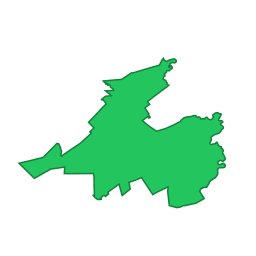 the district of Dumbrava, Prahova, Romania, rotated 189°
{"feature_id": "2599482B20295036954451", "entity_name": "Dumbrava", "entity_type": "district", "adm_level": 2, "iso_a3": "ROU", "parent_name": "Romania", "parent_adm1": "Prahova", "projection": "mercator", "projection_center": [26.217, 44.861], "detail": "fine", "context": "isolated", "style": "filled", "palette": "green", "viewbox_px": 256, "rotation_deg": 189, "n_neighbors": 0, "source": "geoboundaries", "source_scale": "gbopen_adm2", "svg_char_len": 5653}
<svg xmlns="http://www.w3.org/2000/svg" viewBox="0 0 256 256"><g transform="rotate(189 128 128)"><path d="M104.0,202.3L105.2,200.0L105.9,197.7L106.9,194.9L107.9,194.5L116.7,190.4L132.1,183.0L132.9,183.2L142.0,175.0L159.8,170.6L159.7,170.5L159.5,170.2L158.7,169.9L158.1,169.2L157.2,169.1L157.1,168.8L157.1,168.3L157.0,168.1L156.4,168.1L156.4,167.9L156.2,167.9L156.1,168.0L156.0,168.6L155.9,168.8L155.7,168.8L155.7,168.3L155.6,168.2L155.3,168.4L155.1,168.3L155.0,167.6L154.8,167.4L154.8,167.2L154.7,167.1L154.4,167.4L154.2,167.4L154.1,167.6L153.9,167.3L153.3,167.3L152.5,167.6L152.1,166.8L152.0,166.0L151.9,165.8L151.2,165.2L150.8,165.1L150.4,164.9L149.8,164.8L148.9,164.1L148.7,163.9L148.4,163.3L148.1,162.9L156.1,161.2L149.4,157.3L149.7,157.1L150.6,157.0L155.1,155.9L158.5,152.3L158.6,151.8L157.5,152.0L155.4,150.7L154.5,149.6L153.2,148.5L157.3,143.1L159.8,139.1L165.8,130.4L167.9,127.4L161.6,122.8L162.5,121.5L165.1,118.3L163.4,117.0L170.1,108.8L172.4,105.8L173.4,104.8L181.8,97.1L186.0,93.0L187.0,92.1L189.3,89.8L189.8,90.0L190.0,90.2L189.9,90.9L190.1,91.3L189.9,92.0L190.2,92.6L190.0,93.8L190.1,94.9L191.4,96.6L191.4,97.9L191.5,98.1L192.1,98.4L192.2,98.6L192.2,98.9L192.6,99.7L193.3,100.6L193.7,101.4L193.9,101.5L194.2,101.6L194.4,101.4L194.8,101.6L195.1,101.4L195.5,101.4L196.1,101.5L196.2,101.1L206.7,86.3L207.5,85.7L208.4,85.4L208.6,85.0L209.5,84.6L212.3,83.6L220.3,80.1L226.5,77.7L230.1,76.1L212.6,63.6L202.0,72.1L199.3,74.1L198.5,74.7L198.3,75.1L198.3,75.3L198.3,75.5L197.7,75.5L197.2,75.5L184.4,79.5L183.8,73.0L177.6,73.9L155.1,77.6L154.1,75.2L152.5,66.3L152.6,66.0L152.1,63.5L151.9,63.2L150.7,56.3L151.9,56.1L151.8,55.8L151.7,55.6L150.7,55.2L150.5,54.9L149.3,53.8L148.5,53.5L148.0,53.5L147.9,53.3L147.5,52.9L147.0,52.6L146.7,52.6L145.4,52.8L144.7,53.2L143.9,53.1L143.3,53.3L143.2,53.6L143.3,54.0L143.8,54.2L143.7,54.7L143.5,55.2L143.1,55.6L142.4,56.8L142.0,57.3L141.3,57.5L140.7,57.5L139.9,57.3L139.6,56.9L136.9,59.7L137.8,61.4L135.1,64.2L128.1,71.1L123.2,60.4L116.2,68.0L118.1,73.1L118.7,74.3L114.0,76.9L112.6,77.6L106.9,81.1L93.1,66.1L88.8,69.5L79.3,76.0L78.9,74.6L79.0,72.9L78.9,72.4L78.8,71.4L75.1,57.8L68.3,57.1L67.1,57.0L63.5,58.3L61.6,59.8L60.5,60.1L59.4,60.3L49.0,64.4L41.7,70.2L42.9,71.7L47.4,76.8L47.1,77.1L47.1,77.7L47.0,78.2L46.4,79.3L44.9,80.7L44.7,80.5L44.5,80.8L43.1,81.5L41.0,81.8L40.4,83.5L39.5,85.4L39.3,86.0L39.2,86.8L39.1,87.3L38.8,87.9L38.0,88.9L36.6,90.2L36.1,90.9L34.2,92.3L33.7,93.1L33.3,93.7L32.6,95.5L32.3,96.8L32.2,97.6L32.9,100.0L32.9,101.0L32.3,102.3L31.9,102.8L31.2,103.1L28.2,103.6L27.2,103.9L26.8,104.1L26.2,104.8L26.0,105.1L25.9,105.9L26.0,106.3L26.5,107.1L27.0,107.5L27.9,107.9L28.6,107.9L29.1,107.7L30.6,106.8L31.8,106.3L32.1,106.2L32.8,106.3L33.2,106.5L33.7,107.1L33.8,107.4L33.9,107.8L33.8,108.5L33.1,109.4L32.5,110.0L32.1,110.3L31.6,110.4L31.3,110.5L30.7,110.3L29.5,109.8L28.9,109.9L27.5,111.5L27.1,112.2L27.1,112.6L27.1,112.9L27.3,113.4L28.2,114.8L28.9,115.9L29.9,117.2L30.7,118.1L30.7,119.0L30.6,119.7L30.5,120.0L30.2,120.2L30.5,120.9L31.4,122.2L31.6,122.3L32.6,122.3L32.7,122.8L32.6,123.4L32.6,123.6L32.7,123.8L33.4,124.1L34.7,124.2L35.7,124.9L36.6,125.9L37.5,127.5L37.9,127.9L38.4,127.8L38.8,127.4L39.0,126.6L39.4,126.2L40.2,125.9L42.1,125.2L43.0,124.7L43.5,124.6L44.1,125.0L44.3,125.2L44.5,125.6L44.7,126.4L44.7,126.9L44.1,128.2L43.8,129.3L43.8,129.6L44.1,130.3L44.4,130.7L44.6,131.2L44.6,131.6L44.4,132.0L43.7,132.9L43.0,133.5L42.5,134.1L42.0,134.5L39.9,135.8L37.9,136.7L37.1,137.4L36.6,138.0L36.0,139.0L35.6,140.0L35.0,141.6L34.8,141.8L34.4,141.9L34.1,142.2L33.8,142.8L33.8,143.2L33.9,143.5L34.4,144.3L34.7,144.6L37.0,145.9L37.3,146.2L37.3,146.4L37.3,146.7L36.9,147.2L35.8,148.0L35.3,148.6L35.3,148.9L35.6,149.4L36.2,149.7L36.6,149.8L37.5,149.7L38.6,149.4L39.2,149.5L39.6,149.7L39.8,149.9L39.8,150.8L39.2,152.1L38.0,156.1L38.3,156.4L38.9,156.6L40.5,156.6L41.0,156.7L41.6,157.1L42.2,157.2L43.3,156.8L44.3,156.3L45.9,154.6L46.2,154.3L46.4,154.0L46.2,153.5L45.3,152.3L45.1,152.0L45.2,151.9L45.8,151.2L46.1,150.5L46.6,149.8L47.3,149.3L47.9,149.1L48.8,149.1L49.4,149.2L50.2,149.6L51.5,150.8L51.9,151.0L52.2,150.9L52.7,150.7L53.1,150.1L53.4,149.0L53.9,148.9L55.0,149.2L55.6,149.2L56.1,148.9L56.7,148.2L57.1,148.1L57.5,148.4L57.9,148.7L58.4,149.4L58.5,149.7L59.2,150.0L60.2,149.9L61.0,149.4L61.4,149.3L62.6,150.5L63.0,150.7L63.5,150.8L64.9,150.6L68.0,149.0L69.2,148.7L69.8,148.4L71.3,148.3L72.0,147.8L72.6,147.8L73.7,147.1L74.1,146.8L74.4,146.7L74.6,146.6L75.8,145.1L76.8,144.0L77.0,143.3L77.1,142.7L77.3,142.5L81.1,139.9L83.2,138.3L88.3,135.0L89.3,134.3L91.3,133.1L97.8,130.0L99.1,129.2L106.6,132.7L109.7,134.4L115.0,137.6L110.3,142.3L109.0,141.0L107.8,142.2L110.3,144.8L109.7,145.4L114.5,150.4L110.3,154.8L112.9,157.0L107.2,163.3L103.2,167.3L100.7,170.1L99.9,170.9L99.5,171.0L99.4,171.3L98.7,172.1L96.8,173.9L95.4,175.3L94.4,176.7L95.2,176.7L95.7,177.0L96.3,177.6L96.4,178.6L96.6,178.9L97.2,179.3L98.0,180.7L98.1,180.9L98.8,181.1L100.0,181.3L100.6,181.6L101.0,182.1L101.1,182.8L100.8,183.7L100.5,184.7L100.4,184.8L99.6,185.2L99.6,185.4L100.1,186.6L100.3,186.9L100.5,187.0L100.2,187.3L99.8,188.0L99.3,188.3L99.1,188.5L98.7,189.6L98.7,190.5L98.3,190.6L97.6,190.9L95.9,191.0L95.6,192.6L94.4,193.1L94.0,193.4L93.7,193.9L93.6,194.4L93.9,195.1L95.2,196.3L95.5,196.3L95.7,196.2L96.2,195.1L96.2,194.7L96.4,194.6L96.9,194.5L97.2,194.8L97.4,195.0L97.4,195.4L97.3,195.8L96.1,198.5L95.5,199.1L95.1,199.3L94.0,199.6L92.5,199.5L91.7,199.8L91.3,200.2L90.9,200.8L90.8,201.2L90.8,201.8L91.1,202.4L91.7,203.0L92.7,203.4L93.5,203.4L95.2,202.9L96.7,201.9L97.8,201.6L98.2,201.4L99.2,200.8L99.9,199.8L100.3,199.7L101.7,200.2L102.6,200.8L103.5,201.5L104.0,202.3Z" fill="#22c55e" stroke="#15803d" stroke-width="1.5"/></g></svg>